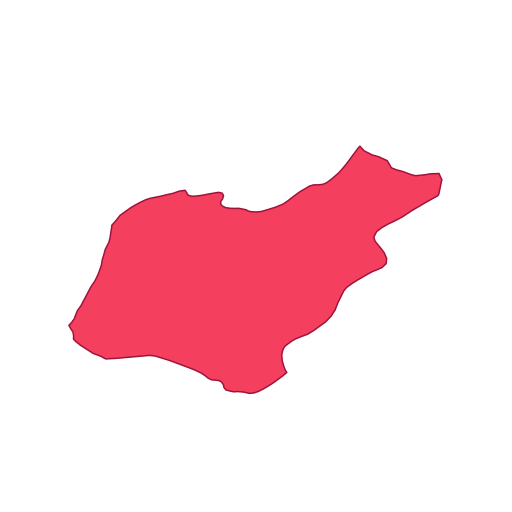 the district of Boumi-Louetsi, Ngounié, Gabon, rotated 234°
{"feature_id": "22940354B74910664495270", "entity_name": "Boumi-Louetsi", "entity_type": "district", "adm_level": 2, "iso_a3": "GAB", "parent_name": "Gabon", "parent_adm1": "Ngounié", "projection": "equal_earth", "projection_center": [11.888, -2.012], "detail": "fine", "context": "isolated", "style": "filled", "palette": "rose", "viewbox_px": 512, "rotation_deg": 234, "n_neighbors": 0, "source": "geoboundaries", "source_scale": "gbopen_adm2", "svg_char_len": 2227}
<svg xmlns="http://www.w3.org/2000/svg" viewBox="0 0 512 512"><g transform="rotate(234 256 256)"><path d="M309.9,63.9L306.1,63.4L302.0,63.2L298.8,61.6L298.5,61.4L296.0,59.5L292.9,59.9L286.7,61.6L281.1,63.8L272.9,67.0L266.3,71.4L261.1,73.9L255.7,82.2L238.2,111.4L234.3,115.7L222.4,124.6L208.8,133.6L199.9,139.4L193.4,142.9L188.7,144.6L185.2,145.5L181.8,147.4L179.2,150.5L176.9,152.8L174.5,154.0L171.2,154.0L168.5,152.8L165.5,152.9L161.9,155.7L159.1,158.3L157.2,161.4L153.1,166.1L148.7,169.9L146.3,174.1L145.0,178.4L144.2,183.3L143.7,188.1L143.3,193.8L143.2,200.3L143.3,207.2L143.7,212.4L146.9,212.7L150.5,213.7L155.7,215.6L160.8,218.6L164.2,222.4L166.0,226.2L166.2,233.8L165.8,238.7L164.2,245.4L162.4,251.6L161.8,258.7L161.8,266.0L161.8,273.6L163.2,281.4L165.8,288.2L170.0,294.7L176.1,306.3L177.3,310.7L177.3,318.0L176.9,323.9L176.3,329.3L175.7,335.6L174.9,341.3L173.7,345.9L172.6,351.0L173.3,356.7L177.1,360.2L183.1,361.6L187.7,361.6L193.0,361.3L197.8,361.0L202.0,362.4L204.8,367.8L205.0,374.3L204.2,381.6L202.6,390.2L201.6,397.6L201.2,407.8L199.6,424.6L197.9,438.5L198.5,440.1L208.5,451.2L215.2,452.5L220.0,445.3L222.7,439.9L227.1,432.4L230.0,429.8L238.8,423.9L242.8,420.5L247.8,417.4L255.9,418.2L263.9,413.8L269.5,409.4L277.5,405.3L283.7,404.6L283.4,402.6L282.2,398.7L280.7,393.8L278.5,387.0L277.0,382.0L275.6,376.3L274.6,371.4L273.8,362.1L273.8,355.9L274.7,352.2L277.0,348.2L279.7,344.4L281.2,340.1L281.5,335.8L282.2,329.7L282.2,324.7L282.1,318.8L281.9,313.1L282.2,308.0L284.1,300.2L286.7,292.6L288.6,287.2L290.6,283.4L293.8,279.1L296.7,276.3L299.3,275.1L301.6,273.0L304.5,270.3L307.2,266.5L309.5,263.5L312.8,260.0L316.2,258.1L318.9,258.1L320.8,259.5L321.8,262.5L323.9,265.2L326.6,265.6L329.4,263.3L331.5,259.2L334.6,252.9L336.1,249.5L338.2,245.5L340.6,241.3L342.7,238.6L345.3,236.8L348.5,237.2L350.9,237.2L353.6,232.0L355.4,225.9L358.4,219.0L360.4,214.1L363.1,208.2L364.9,204.2L366.4,199.7L367.5,193.5L368.2,188.6L368.7,182.6L368.8,170.1L366.9,163.2L365.6,157.4L364.9,156.9L356.2,148.3L353.4,144.8L350.0,138.0L346.0,133.0L343.5,129.6L339.3,125.4L333.9,117.4L330.5,111.0L328.0,104.1L323.6,95.2L318.5,84.8L316.9,79.6L314.4,75.6L312.1,72.2L310.6,67.7L309.9,63.9Z" fill="#f43f5e" stroke="#9f1239" stroke-width="1.5"/></g></svg>